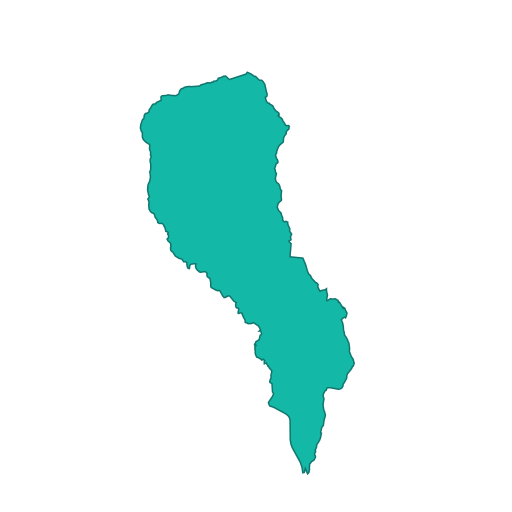 outline of La Magdalena Contreras, Distrito Federal, Mexico, rotated 128°
{"feature_id": "50627088B92108463295960", "entity_name": "La Magdalena Contreras", "entity_type": "district", "adm_level": 2, "iso_a3": "MEX", "parent_name": "Mexico", "parent_adm1": "Distrito Federal", "projection": "robinson", "projection_center": [-99.262, 19.275], "detail": "fine", "context": "isolated", "style": "filled", "palette": "teal", "viewbox_px": 512, "rotation_deg": 128, "n_neighbors": 0, "source": "geoboundaries", "source_scale": "gbopen_adm2", "svg_char_len": 6139}
<svg xmlns="http://www.w3.org/2000/svg" viewBox="0 0 512 512"><g transform="rotate(128 256 256)"><path d="M132.9,390.7L134.1,392.1L136.6,393.3L139.2,395.2L140.8,394.6L142.9,395.4L144.4,397.0L145.2,396.8L146.4,398.0L147.3,398.1L149.7,401.3L151.1,401.8L154.9,404.7L156.9,405.2L162.4,411.2L163.2,412.6L164.8,414.3L167.3,416.4L168.4,416.5L170.1,417.8L172.6,417.9L175.3,416.8L176.1,416.7L178.8,417.7L179.4,418.4L181.7,421.8L183.1,424.5L184.6,425.4L187.4,428.5L188.4,428.9L189.3,428.8L191.6,426.6L196.5,429.0L197.4,428.8L198.2,429.1L199.8,430.6L200.4,430.7L202.8,430.5L204.1,430.1L206.3,430.3L208.2,429.1L210.4,429.6L211.2,430.5L211.9,430.9L213.6,430.8L216.2,429.3L216.9,429.0L217.6,429.3L218.7,429.3L223.8,427.5L224.4,426.9L225.1,426.7L226.3,425.9L228.3,423.2L228.6,421.5L229.5,421.0L232.6,418.4L233.2,416.8L233.6,416.6L234.1,412.8L233.7,408.5L235.2,407.0L236.5,406.4L237.6,405.5L238.3,404.0L239.5,402.6L241.6,401.1L242.1,399.7L245.1,398.9L247.2,397.1L248.1,395.8L252.3,392.4L254.6,391.6L255.3,391.5L255.8,390.6L259.0,387.6L260.0,387.2L262.2,385.9L265.9,385.1L268.2,383.8L270.8,382.0L273.9,378.4L274.8,376.5L277.7,376.3L278.7,374.4L280.0,373.0L281.8,372.0L284.9,369.1L286.0,366.3L286.0,364.8L285.5,362.1L287.6,359.2L288.2,356.8L288.9,355.2L290.1,354.1L290.0,352.8L289.6,351.8L288.6,350.7L288.1,349.7L288.2,348.6L290.0,344.8L292.1,342.2L292.0,341.6L291.3,340.8L291.7,339.4L292.9,339.3L293.4,338.7L293.5,337.6L295.2,336.5L295.9,336.2L297.4,336.5L298.3,334.5L298.4,332.1L298.9,330.6L300.2,329.7L300.9,328.9L302.4,328.3L304.0,326.6L304.2,326.0L304.2,323.7L305.3,320.8L305.2,320.5L305.7,319.7L305.2,315.0L304.1,312.6L304.6,310.6L305.1,309.5L304.1,308.3L303.7,306.8L304.0,306.3L306.0,304.5L307.4,302.5L307.4,301.6L307.0,300.8L306.3,301.0L304.5,302.3L302.9,302.3L302.3,302.0L300.3,300.1L299.2,298.5L301.5,297.2L302.4,296.0L303.1,294.5L303.4,291.1L303.1,289.9L299.8,286.7L299.6,286.0L299.8,283.6L301.3,283.0L302.3,281.5L302.3,280.1L302.1,279.2L302.3,278.2L305.0,275.1L307.7,273.1L308.4,271.9L307.5,266.3L306.9,264.7L306.4,264.4L305.6,263.2L308.0,257.5L308.4,255.5L307.5,254.6L307.2,254.8L306.0,253.9L305.3,253.6L305.0,253.9L304.0,252.7L303.8,251.8L305.2,245.7L304.9,242.9L306.7,242.3L308.7,240.2L308.8,239.2L308.0,237.8L308.2,237.1L311.6,235.3L312.1,234.8L311.9,234.1L311.2,233.9L309.9,232.7L309.6,231.7L309.9,231.2L310.4,231.1L312.1,227.9L313.2,225.2L314.9,223.7L314.8,222.8L314.4,222.1L314.2,220.6L312.5,218.5L311.1,217.4L310.2,217.3L310.1,217.0L309.6,211.2L310.4,208.9L311.4,207.1L313.1,207.2L312.2,206.4L313.5,204.0L315.2,203.4L315.9,203.9L320.0,202.0L323.6,203.3L324.8,202.9L326.7,202.7L326.9,202.3L326.2,201.5L326.4,200.9L327.1,200.8L327.9,201.2L329.3,200.1L329.6,199.5L330.4,199.3L331.5,197.9L333.2,196.7L334.8,194.2L335.2,193.1L334.6,191.3L334.3,188.4L334.6,187.5L333.7,186.9L333.0,187.0L332.9,184.9L333.3,185.0L334.0,184.6L335.8,183.1L334.0,182.1L334.8,180.2L335.0,178.8L335.5,178.8L335.7,176.6L336.2,176.3L336.6,173.1L338.3,171.9L340.8,170.8L342.8,169.0L344.4,168.8L346.7,167.7L347.1,167.0L346.7,165.4L347.0,164.6L353.0,159.3L353.5,157.5L356.0,156.6L363.2,156.1L363.9,155.9L364.4,155.4L365.7,152.8L364.3,148.7L362.1,135.8L362.0,133.1L362.5,130.9L363.4,129.3L364.4,128.1L379.3,116.2L381.1,114.5L383.1,112.1L384.8,109.2L391.4,93.9L394.3,89.5L398.0,85.7L396.9,84.7L393.1,86.3L395.9,81.2L393.8,81.1L391.2,82.5L389.8,83.7L386.9,85.6L386.3,85.7L385.1,85.5L384.2,85.7L381.2,84.7L378.1,85.2L377.0,86.0L376.7,87.2L376.4,87.6L375.2,88.3L373.9,88.4L373.2,88.8L372.5,89.9L370.8,90.2L369.0,90.8L367.6,91.9L362.3,92.4L359.7,93.2L355.3,95.4L355.5,96.1L355.3,96.5L350.3,98.7L348.1,98.6L342.9,101.6L341.0,102.2L338.3,103.6L337.5,105.1L336.6,105.8L336.0,107.3L332.7,110.9L331.3,112.0L326.6,114.6L325.7,115.8L325.5,116.6L323.4,117.9L319.7,118.6L318.5,118.0L317.4,118.5L316.1,118.7L314.2,116.6L310.1,108.7L308.2,107.4L306.6,107.1L304.6,107.5L304.0,108.2L303.4,108.4L301.3,108.5L296.5,109.3L294.1,110.9L292.6,111.4L287.0,111.3L285.0,111.5L284.3,111.9L282.8,111.6L281.1,112.2L279.9,112.7L278.3,115.1L278.1,115.1L277.3,116.5L276.6,118.9L273.9,123.4L272.8,124.4L272.0,124.7L270.5,126.0L267.2,129.5L266.8,130.7L265.6,132.4L264.2,135.9L263.8,137.6L262.2,139.1L260.4,141.5L257.2,144.3L256.8,145.1L256.0,145.7L254.9,147.4L253.8,149.5L251.6,149.3L249.8,148.5L249.4,147.9L249.5,147.4L247.6,147.9L244.9,149.2L243.5,152.4L242.5,153.7L242.6,154.8L243.0,154.1L243.7,154.9L241.0,161.8L241.8,162.3L240.5,164.0L240.9,167.0L241.1,167.5L242.7,168.9L243.8,171.0L247.0,172.2L247.6,172.8L246.1,173.9L242.8,175.6L240.4,178.6L238.4,180.3L240.1,180.7L240.7,181.4L242.6,182.8L242.9,183.2L244.4,183.9L242.5,188.1L240.2,189.5L239.8,191.8L240.2,192.8L239.3,198.1L238.7,199.8L238.1,200.3L237.7,202.2L237.8,203.4L236.1,206.4L232.3,211.5L228.8,217.8L235.7,228.7L224.6,236.0L224.5,238.5L223.8,239.3L222.7,238.7L221.8,238.4L221.4,238.6L220.3,240.0L218.9,241.0L217.5,241.1L216.7,241.5L215.8,244.7L213.8,246.0L212.0,249.5L211.0,250.9L209.8,251.8L210.3,253.8L211.4,254.5L211.7,255.2L211.3,257.0L209.6,258.4L207.4,262.1L206.7,262.6L206.2,266.2L204.4,269.4L201.1,270.8L199.3,270.8L196.7,270.3L196.0,270.5L192.9,273.5L188.8,276.0L188.4,277.9L186.5,280.0L185.3,282.4L185.2,283.7L185.4,284.5L184.8,286.4L182.7,288.7L178.5,290.6L178.1,291.7L177.4,292.9L176.2,294.0L175.7,295.2L173.3,295.9L171.3,296.8L170.2,296.7L169.4,296.2L168.6,296.4L167.2,297.9L166.1,300.7L165.5,301.1L165.0,302.3L163.4,303.1L162.2,303.1L161.3,303.9L157.8,305.1L155.6,305.6L154.0,305.6L149.4,304.7L145.9,307.0L143.5,307.5L140.9,307.5L139.6,308.6L137.2,308.7L136.5,308.3L135.7,308.3L135.2,308.5L134.8,309.1L133.3,309.5L133.1,310.6L134.8,312.7L134.8,313.4L133.8,315.1L133.0,318.1L131.9,319.5L132.1,320.5L131.6,321.7L132.0,322.7L132.0,324.8L131.4,325.0L131.0,324.5L130.7,324.5L130.3,325.3L129.8,325.3L129.2,326.5L129.4,329.7L129.0,331.4L128.6,332.8L127.3,335.4L127.6,337.4L128.0,338.3L127.6,338.8L127.4,339.5L128.1,340.5L127.8,342.8L125.5,346.2L125.0,346.4L123.8,345.7L123.5,345.8L121.9,346.6L121.2,347.4L120.1,349.0L115.5,354.5L114.3,357.5L114.0,359.4L114.3,360.3L115.1,360.9L115.4,362.4L114.7,366.9L115.4,367.6L115.6,372.0L116.6,376.0L118.9,375.9L133.4,385.7L132.9,390.7Z" fill="#14b8a6" stroke="#0f766e" stroke-width="1.5"/></g></svg>